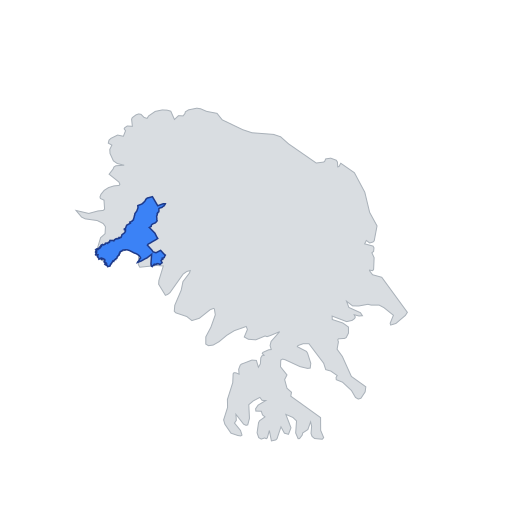 location of Norðurþing, Norðurland eystra, Iceland, rotated 232°
{"feature_id": "244011B18729557885943", "entity_name": "Norðurþing", "entity_type": "district", "adm_level": 2, "iso_a3": "ISL", "parent_name": "Iceland", "parent_adm1": "Norðurland eystra", "projection": "orthographic", "projection_center": [-16.378, 66.009], "detail": "fine", "context": "in_parent", "style": "filled", "palette": "blue", "viewbox_px": 512, "rotation_deg": 232, "n_neighbors": 0, "source": "geoboundaries", "source_scale": "gbopen_adm2", "svg_char_len": 9344}
<svg xmlns="http://www.w3.org/2000/svg" viewBox="0 0 512 512"><g transform="rotate(232 256 256)"><path d="M371.8,155.4L375.6,155.6L381.7,152.7L390.4,144.3L394.1,142.5L402.7,142.2L392.5,150.4L388.8,159.2L386.0,163.6L386.1,165.5L393.6,170.6L397.1,168.8L398.6,169.4L400.1,171.9L401.2,176.8L400.7,181.9L398.7,187.2L395.9,191.6L396.3,192.9L398.7,193.5L410.9,190.6L412.5,196.9L413.6,198.9L413.4,201.1L408.7,208.0L414.3,203.6L418.8,202.2L426.7,204.1L430.0,206.4L432.1,210.7L435.9,209.1L437.8,211.5L438.0,214.2L436.5,221.4L432.0,225.2L435.0,230.3L437.4,230.4L437.9,231.5L437.7,234.6L434.3,238.4L440.4,242.2L441.2,243.7L441.1,248.3L440.2,251.0L438.4,252.6L434.1,253.1L431.5,254.9L432.5,257.7L432.0,265.6L428.8,272.1L425.7,275.7L422.6,278.0L413.8,275.8L414.3,281.3L411.3,284.8L412.0,287.7L413.1,289.1L412.7,292.8L408.9,300.4L406.1,303.0L400.4,306.1L392.4,313.1L384.1,313.2L363.7,323.3L355.6,328.7L341.0,344.7L334.8,348.8L324.3,350.7L292.2,360.7L288.5,366.9L288.2,368.2L289.6,370.7L287.1,375.1L282.1,378.2L279.9,378.0L275.9,375.3L275.4,376.5L276.9,379.9L261.0,384.8L239.3,381.0L220.4,372.4L205.2,369.9L195.2,358.5L195.0,356.8L196.3,353.6L200.3,352.5L198.7,349.1L191.8,354.3L189.8,354.0L187.2,351.5L187.2,349.3L181.9,348.0L173.1,340.5L172.6,338.9L175.0,336.8L174.6,336.4L169.5,336.3L161.8,342.0L118.4,340.6L117.2,337.1L116.7,324.7L118.7,319.6L120.4,320.3L124.7,327.8L136.6,325.0L141.5,322.8L146.4,316.5L149.0,314.5L153.3,306.3L157.2,301.4L164.6,299.5L158.3,297.5L147.0,303.4L143.4,303.1L145.3,300.2L149.3,297.2L146.8,296.7L146.0,295.2L146.1,292.0L148.5,287.0L161.8,279.0L159.0,277.0L149.7,283.2L143.1,285.1L138.3,281.4L136.2,276.9L136.5,275.1L140.0,269.9L139.6,268.8L137.6,268.1L132.6,262.5L123.7,262.2L102.4,257.0L85.3,262.0L81.7,258.3L79.3,251.1L80.3,248.5L83.3,247.3L91.2,248.4L103.3,246.5L109.1,243.1L111.0,244.3L111.8,246.4L119.3,244.1L123.5,241.0L129.8,243.3L154.3,243.7L157.8,239.3L159.6,233.9L159.1,232.7L149.8,237.0L147.7,236.8L137.7,233.1L134.3,229.7L135.7,227.4L141.7,222.6L156.3,215.1L158.4,213.5L158.7,211.4L153.6,207.1L143.2,207.2L141.0,202.5L132.7,199.0L126.8,200.1L124.1,197.1L88.9,207.4L78.8,199.6L71.2,197.5L70.8,195.4L76.1,189.8L79.3,189.1L82.3,190.1L87.7,195.1L91.7,196.9L87.3,190.0L87.8,183.9L86.4,182.1L85.3,177.9L86.1,176.7L92.1,178.3L101.1,186.4L106.0,185.7L112.8,182.0L99.1,177.8L95.5,171.8L98.9,169.3L106.0,170.5L99.1,160.1L98.9,158.3L100.8,154.3L110.3,159.1L105.7,152.9L105.7,151.6L107.3,150.8L108.5,147.4L111.2,146.3L116.0,148.0L123.1,155.4L124.0,157.4L123.7,164.0L126.8,163.3L130.4,164.6L133.9,160.4L135.9,161.7L137.2,165.9L136.1,174.7L138.5,171.9L142.2,172.0L143.5,164.7L143.3,158.8L132.1,150.9L128.0,145.5L128.7,143.9L131.1,142.7L143.6,142.7L138.6,139.3L137.6,136.2L128.1,136.4L123.5,134.7L123.6,133.2L125.7,131.2L131.8,127.2L142.6,127.9L146.8,129.6L154.2,140.4L160.5,145.1L170.5,159.7L177.3,165.5L177.6,166.8L176.2,168.3L173.3,169.9L177.4,172.6L179.7,176.4L179.8,177.9L176.5,188.7L173.5,192.0L166.9,189.4L168.3,193.0L172.8,197.1L173.7,199.3L172.8,201.3L175.2,200.8L175.8,202.1L174.3,208.2L172.9,210.4L176.8,212.0L179.4,215.3L181.8,228.1L184.4,218.6L185.6,215.1L187.4,213.9L190.1,204.2L195.1,198.7L199.4,196.9L203.4,204.0L206.5,204.9L210.5,193.0L211.5,184.2L211.2,174.3L212.2,167.4L214.6,163.3L217.5,162.2L223.2,166.7L227.7,176.7L234.7,187.7L239.9,190.6L240.8,190.3L241.9,186.9L241.8,173.0L244.6,165.7L250.9,164.2L260.6,157.8L262.8,157.6L267.2,161.7L275.1,176.0L280.8,182.7L283.6,193.2L285.0,195.2L286.4,192.0L286.6,187.4L280.1,165.7L280.1,162.7L280.8,160.4L293.7,161.9L296.5,164.4L305.2,176.8L309.7,171.9L318.7,157.5L321.7,158.0L329.0,164.0L332.0,163.5L340.7,158.2L342.6,151.5L339.0,137.7L340.5,134.9L348.5,131.5L357.1,132.1L366.1,144.8L366.5,150.8L371.8,155.4Z" fill="#d9dde1" stroke="#a8b0b8" stroke-width="1"/><path d="M359.8,140.2L359.3,140.0L359.1,140.2L358.7,140.0L358.7,139.5L359.3,138.8L358.7,138.3L358.6,138.5L358.4,138.4L358.4,138.2L358.7,138.1L358.7,137.6L358.4,137.3L358.3,137.2L358.4,136.9L358.6,136.8L358.7,137.0L359.0,137.0L359.0,136.8L359.0,136.5L358.6,136.6L358.7,136.3L358.7,136.1L358.4,135.6L359.2,135.2L359.4,135.3L359.6,134.9L359.4,134.8L359.1,134.9L358.9,134.4L359.1,134.6L359.7,134.3L360.0,134.6L359.7,134.2L359.2,134.5L359.0,134.4L358.8,134.2L359.0,133.8L359.3,133.5L358.7,133.4L358.6,133.2L358.1,133.6L357.8,133.5L357.7,133.2L357.8,132.9L357.9,132.7L358.1,132.6L358.1,132.2L357.9,132.1L357.6,132.4L357.9,132.7L357.9,132.8L357.4,132.7L357.5,132.6L357.3,132.4L357.5,132.4L357.5,131.9L356.8,132.0L356.4,131.8L356.3,131.1L355.8,130.3L355.6,130.3L355.6,131.0L355.4,131.4L355.1,131.5L354.6,131.1L354.4,131.2L354.4,131.3L354.5,131.2L355.0,131.5L354.6,131.5L354.5,132.2L354.4,132.3L354.2,132.0L354.3,131.8L354.1,131.9L353.9,131.6L353.8,131.4L353.7,131.2L353.5,131.3L353.3,131.3L353.0,131.1L352.7,130.6L352.3,130.7L351.5,130.6L350.5,130.9L350.3,130.8L350.3,130.4L350.2,130.3L350.1,130.6L349.9,131.0L350.0,131.3L349.9,131.6L349.9,132.0L349.5,132.9L349.3,133.1L348.8,133.1L349.1,133.2L348.8,133.4L348.4,132.6L348.7,132.5L348.7,132.3L348.4,132.2L348.2,132.5L348.5,132.8L348.4,133.1L348.1,133.4L348.4,133.7L348.2,133.9L347.3,134.3L346.8,134.2L346.4,134.6L345.7,134.4L345.7,134.1L345.6,133.8L345.6,133.5L345.2,133.3L344.9,132.7L344.6,132.6L343.8,132.6L343.7,132.9L343.8,133.1L343.3,133.1L343.1,133.4L343.2,133.5L342.7,133.6L342.6,133.4L342.5,133.2L342.6,132.9L342.6,132.7L342.8,132.4L342.3,132.0L342.3,131.8L340.9,132.3L341.1,132.5L341.1,133.0L340.5,132.5L339.6,132.9L338.9,132.6L338.7,133.2L338.2,134.1L338.2,134.5L338.0,135.0L338.5,135.5L338.6,135.8L338.9,136.0L339.0,136.5L338.9,137.0L339.1,137.1L339.0,137.4L339.4,137.8L339.7,139.0L340.3,140.1L340.1,140.4L339.8,140.4L339.7,140.3L339.4,140.5L339.6,140.7L339.6,141.0L339.9,141.4L339.9,141.9L340.1,142.2L340.1,142.5L339.7,143.1L340.0,143.2L340.2,143.6L340.0,144.0L340.0,144.3L339.9,144.7L340.0,144.9L340.0,145.3L340.7,145.9L340.7,146.4L341.0,146.7L340.9,147.1L341.1,147.6L341.1,148.2L341.0,148.4L341.3,148.6L341.2,149.0L341.3,149.2L341.8,149.3L342.0,149.9L342.4,150.2L342.4,150.6L342.2,150.8L342.6,151.1L343.0,151.5L342.9,152.4L342.6,152.8L342.6,153.2L342.7,154.2L342.7,154.5L342.2,155.5L341.8,156.0L341.3,156.3L341.3,156.6L341.4,156.8L340.2,158.3L338.0,159.8L333.3,161.9L331.7,163.0L329.9,163.7L328.0,164.2L325.8,164.0L325.4,163.8L325.3,163.6L325.4,163.1L325.4,162.7L324.4,161.2L324.5,160.9L324.1,159.4L324.2,159.2L323.9,158.6L322.7,162.5L322.0,167.4L321.6,168.6L321.6,174.8L314.4,168.3L313.8,168.2L313.7,167.9L313.0,167.5L312.4,167.4L311.6,167.7L312.0,168.3L311.9,168.7L311.9,168.8L311.8,169.2L311.5,169.7L311.7,170.1L311.6,170.4L312.1,170.1L312.2,170.3L312.2,170.7L311.8,171.3L310.9,172.0L311.0,172.3L310.7,172.8L311.0,173.1L310.9,173.5L309.9,174.1L309.8,174.6L308.4,175.0L308.6,177.5L308.5,177.9L310.8,178.3L310.9,179.0L311.1,179.3L311.2,179.8L310.8,180.4L311.3,180.6L311.3,180.3L312.0,180.7L311.7,181.2L311.7,181.4L311.4,181.8L311.5,182.2L311.3,182.7L312.0,183.9L312.3,184.2L312.4,184.6L312.4,184.8L312.5,185.1L314.2,184.7L319.2,184.3L320.1,179.2L322.7,177.4L324.5,177.6L331.4,177.1L331.8,178.5L331.3,180.9L331.1,183.1L330.5,186.9L330.3,189.4L332.5,189.6L336.2,190.4L344.1,189.5L343.9,190.0L344.1,190.4L344.1,191.0L343.8,191.6L344.8,192.6L344.9,193.5L344.8,194.7L344.1,197.0L344.4,199.2L344.8,199.9L345.8,200.2L346.4,200.8L348.7,202.3L349.0,203.1L349.3,203.6L350.2,204.1L350.3,204.9L350.8,205.2L350.8,205.4L350.6,206.4L351.1,207.1L353.1,208.6L353.1,209.2L352.9,210.1L352.2,211.7L352.2,212.1L352.3,213.1L352.1,214.5L352.5,215.0L352.5,215.8L353.0,216.7L354.3,215.1L356.1,209.5L366.5,210.9L368.2,206.9L368.4,206.6L368.6,205.9L368.6,205.3L368.5,204.9L368.6,204.4L368.3,203.6L368.0,203.3L367.4,201.4L367.5,200.5L367.3,200.0L367.4,199.6L367.2,199.2L367.3,197.8L368.5,193.9L366.9,192.9L366.2,192.0L364.8,189.7L364.3,187.8L364.0,186.7L362.8,185.5L362.5,184.8L361.6,183.9L360.6,182.3L359.9,181.6L360.0,181.4L360.0,180.4L359.8,180.0L359.9,179.9L359.8,179.5L359.9,179.2L360.1,178.2L360.0,177.9L360.3,177.7L360.4,177.4L360.1,177.3L359.8,177.1L359.5,176.9L359.3,177.2L359.2,177.2L359.9,173.0L358.2,170.3L358.3,169.0L357.8,169.3L357.4,169.4L357.3,169.0L357.2,169.0L357.2,168.7L356.6,169.0L356.3,168.6L355.9,168.3L356.0,168.2L355.9,168.0L355.7,167.9L355.2,166.7L355.3,163.4L353.9,161.6L354.1,161.3L354.0,160.8L353.9,160.7L354.3,160.3L354.2,160.1L354.3,160.0L354.1,160.0L354.1,159.7L354.3,159.3L354.1,159.3L354.1,159.2L354.3,158.9L354.4,159.1L354.8,159.0L354.8,158.8L354.6,158.7L354.8,158.5L354.7,158.3L354.8,158.2L354.7,158.0L354.8,157.7L354.7,157.6L355.1,157.1L355.6,156.8L355.7,156.4L355.6,156.2L355.8,156.0L355.7,155.8L355.8,155.7L355.8,155.3L355.9,154.9L355.8,154.7L356.0,154.5L355.9,154.2L355.5,153.7L355.4,153.3L355.9,152.9L356.3,152.8L356.6,152.5L356.6,152.4L356.9,152.2L357.1,151.7L357.3,151.6L357.4,151.2L358.2,150.7L358.2,150.4L357.4,149.4L357.5,149.4L357.6,149.0L357.4,148.8L357.4,148.3L357.7,147.7L357.6,147.4L357.4,147.1L357.5,147.1L357.5,146.8L357.6,146.6L358.4,146.0L358.8,145.2L358.6,144.8L358.2,144.4L358.4,143.9L358.4,143.4L358.8,142.6L358.8,142.4L359.2,142.3L359.0,142.1L359.1,141.9L359.8,141.3L359.7,140.9L359.9,140.4L359.8,140.2ZM353.1,130.6L352.9,130.6L353.3,130.8L353.2,130.9L353.3,131.0L353.7,131.0L353.1,130.6ZM343.5,132.5L343.1,132.5L343.5,132.5ZM354.3,131.6L354.4,131.4L354.1,131.5L354.3,131.6ZM354.0,131.4L353.8,131.1L353.9,131.4L354.0,131.4ZM339.8,142.7L339.7,142.7L339.8,142.7Z" fill="#3b82f6" stroke="#1e3a8a" stroke-width="1.5"/></g></svg>